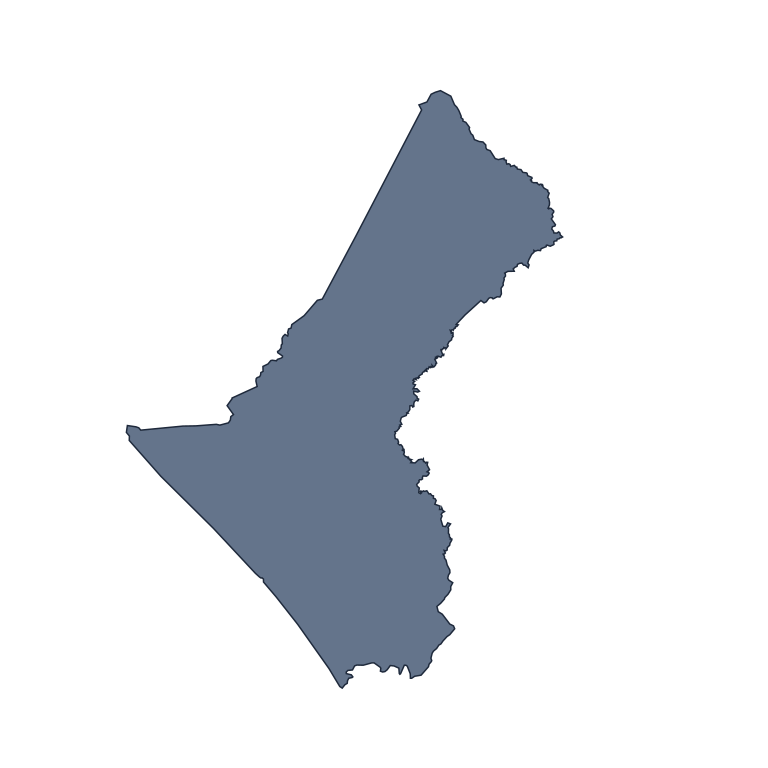 Ellembelle, Western, Ghana, rotated 33°
{"feature_id": "2480657B39512912083476", "entity_name": "Ellembelle", "entity_type": "district", "adm_level": 2, "iso_a3": "GHA", "parent_name": "Ghana", "parent_adm1": "Western", "projection": "orthographic", "projection_center": [-2.331, 5.15], "detail": "fine", "context": "isolated", "style": "filled", "palette": "slate", "viewbox_px": 768, "rotation_deg": 33, "n_neighbors": 0, "source": "geoboundaries", "source_scale": "gbopen_adm2", "svg_char_len": 6170}
<svg xmlns="http://www.w3.org/2000/svg" viewBox="0 0 768 768"><g transform="rotate(33 384 384)"><path d="M266.3,133.7L279.8,275.0L286.0,346.4L282.5,350.1L279.8,370.2L274.3,384.4L275.6,387.7L274.0,389.8L275.2,393.5L276.3,394.0L277.1,396.2L274.0,396.3L273.4,398.8L273.6,401.2L276.8,405.6L276.6,407.2L278.1,409.9L277.8,413.2L277.0,414.6L277.8,415.6L283.6,415.8L284.2,416.8L283.8,418.1L281.2,421.4L281.2,423.1L277.4,424.9L276.3,426.0L275.8,430.4L272.9,435.2L275.7,439.3L274.5,441.5L275.6,443.8L275.7,445.6L274.1,447.8L273.9,449.2L275.0,451.3L279.0,455.2L264.2,478.5L264.6,479.2L264.2,487.6L274.4,491.6L273.3,494.8L274.8,498.0L274.7,501.3L268.7,507.9L265.4,509.1L249.0,521.6L238.3,528.8L205.1,555.2L202.2,554.3L199.3,555.0L191.4,558.6L194.3,564.9L198.8,566.3L201.1,570.1L247.0,582.9L319.7,598.0L379.2,612.8L384.8,613.7L386.6,613.7L387.2,613.0L389.1,613.2L390.8,615.7L409.5,621.3L442.6,632.6L492.8,652.6L511.7,661.8L514.6,661.8L515.0,657.5L516.2,655.1L515.0,652.7L514.7,650.0L517.1,647.6L517.4,646.6L515.0,645.7L510.1,647.4L509.2,646.1L509.7,643.9L513.3,641.0L512.9,636.4L514.3,634.5L519.8,631.1L525.7,624.5L527.6,623.3L534.9,623.6L536.1,624.1L537.4,626.8L539.7,626.3L541.4,624.7L542.3,622.0L542.6,616.7L546.0,615.0L551.2,614.2L554.5,618.5L555.4,618.8L555.7,618.0L554.2,608.8L554.8,608.3L556.3,607.8L557.5,608.2L563.8,612.7L566.4,616.4L567.5,615.7L568.9,612.4L573.7,608.0L575.3,596.9L574.4,594.5L574.9,591.1L574.7,590.0L572.7,588.4L571.0,583.5L571.0,581.0L572.2,577.2L572.2,573.1L573.3,571.0L573.4,567.5L574.4,561.5L575.7,558.4L576.6,550.8L574.0,549.0L569.9,549.5L558.2,545.3L553.5,545.4L549.5,541.7L551.0,536.9L551.8,531.4L551.3,530.1L552.2,525.5L552.1,520.2L550.3,517.6L549.9,513.2L545.2,513.2L543.2,512.2L542.1,509.0L542.1,506.4L540.4,504.1L535.6,501.4L531.9,497.9L529.5,497.1L528.7,495.7L526.3,494.5L527.3,493.5L527.5,492.3L525.1,490.8L526.8,490.2L527.4,488.9L526.2,486.7L526.9,483.3L526.1,481.9L525.8,477.7L525.2,477.0L524.0,477.9L523.4,476.7L522.2,476.6L520.8,474.7L519.4,474.2L516.9,470.2L515.8,469.6L516.0,465.1L513.1,465.7L513.4,470.0L510.8,471.2L505.2,466.4L504.6,463.1L503.0,462.2L503.0,460.2L504.2,458.1L502.1,458.0L499.9,456.4L500.5,457.9L498.9,459.0L497.5,455.9L492.1,457.1L491.2,453.3L489.3,452.4L487.7,453.0L486.4,450.9L484.7,451.5L482.8,450.7L481.6,451.7L478.1,450.2L476.6,451.9L475.2,452.2L475.0,453.3L473.1,453.7L473.0,454.3L474.7,455.1L474.4,456.1L472.3,456.2L470.2,452.0L467.5,451.6L466.1,450.4L466.8,446.9L465.9,446.1L466.0,444.9L467.5,443.9L468.0,442.6L467.2,441.8L466.8,439.9L469.8,438.2L470.5,436.5L470.5,434.4L469.8,433.8L467.9,434.2L468.9,431.1L464.3,428.5L463.3,425.9L462.3,426.4L462.0,427.6L460.1,427.0L459.4,427.5L457.8,425.4L457.7,426.4L456.4,426.6L454.2,428.7L453.1,433.2L449.3,435.4L449.4,433.9L447.4,433.6L448.2,432.5L445.7,433.1L444.6,432.2L444.6,433.2L443.1,432.5L441.5,433.1L438.7,432.3L438.5,430.7L437.4,429.2L434.9,429.8L436.7,428.4L436.4,427.9L435.3,428.0L433.4,426.3L431.2,425.7L430.3,426.7L428.2,426.3L427.9,424.8L425.5,423.0L423.2,423.7L420.6,420.8L420.5,419.0L419.1,418.1L420.4,416.6L420.9,412.8L420.1,411.9L421.2,410.5L419.6,409.9L420.9,408.1L418.0,406.4L416.9,403.3L417.1,402.0L419.8,398.3L419.2,396.3L419.9,395.6L418.9,395.6L419.6,394.3L419.6,391.4L417.6,388.3L419.2,386.8L420.6,387.7L421.3,386.6L419.8,384.5L419.1,382.5L419.6,380.1L421.6,379.7L421.3,377.8L419.6,377.9L418.6,376.6L414.3,376.0L412.8,373.9L416.7,372.4L417.7,370.8L414.2,370.0L411.0,372.2L410.8,367.5L408.4,368.1L407.7,367.4L408.3,365.0L406.3,365.1L406.4,363.3L408.6,362.8L407.4,362.0L408.6,360.7L409.6,360.8L410.0,359.3L409.1,359.4L409.1,357.7L410.6,354.8L410.1,353.9L410.5,352.0L411.0,351.8L410.8,350.8L413.1,350.0L412.2,349.1L411.5,350.3L411.0,350.2L411.5,347.7L412.9,347.3L412.5,345.0L414.6,345.1L413.7,344.9L413.8,343.9L415.2,344.0L415.4,343.3L414.3,342.2L416.4,342.7L416.7,342.0L416.9,339.6L416.3,338.6L416.8,337.8L413.1,335.6L413.5,334.9L412.6,333.5L413.1,333.2L413.1,333.8L414.2,333.9L414.6,332.7L413.4,332.0L414.1,331.2L417.2,330.5L417.1,328.6L418.5,327.7L418.1,326.7L417.4,327.7L417.3,326.8L416.4,326.8L413.1,324.4L413.1,324.0L414.0,324.0L414.0,322.6L415.0,321.6L414.3,320.8L416.3,320.0L416.8,320.8L417.1,317.1L415.9,316.6L415.5,313.3L416.6,310.1L415.9,308.9L416.0,306.2L415.0,306.1L415.1,305.1L414.1,303.6L413.1,304.5L413.1,303.7L412.4,304.3L410.8,303.2L411.7,303.2L411.0,302.3L412.0,301.2L412.8,301.2L412.6,298.9L413.3,298.4L412.8,297.1L413.8,296.0L414.0,294.0L412.1,294.9L412.1,294.2L414.4,281.8L419.8,261.2L423.7,261.5L425.0,259.3L425.2,255.1L426.0,253.7L427.8,252.8L428.6,253.3L429.3,253.0L431.4,249.2L433.8,247.9L433.4,244.5L430.0,239.9L430.2,236.1L429.0,234.7L428.0,231.0L426.9,229.8L427.1,227.3L425.9,225.7L424.8,225.3L426.5,222.1L431.8,218.5L429.7,217.1L430.3,214.7L431.5,212.9L430.8,210.9L432.1,208.9L433.8,207.5L436.3,208.3L437.7,207.5L441.6,208.0L440.8,205.1L438.7,204.3L437.8,201.1L437.2,194.9L438.0,191.7L437.0,190.3L438.4,190.3L440.2,188.1L442.6,186.9L442.1,184.9L445.2,180.5L444.6,179.3L445.1,178.7L448.4,177.9L450.3,174.9L450.5,174.3L449.0,172.4L449.1,171.4L450.9,169.8L450.3,168.2L451.8,166.8L452.0,165.5L452.9,165.0L453.7,163.4L450.7,163.0L449.2,161.5L447.6,161.3L446.9,163.2L444.2,164.8L442.9,163.5L440.3,162.7L439.6,160.4L441.3,158.4L441.0,157.0L434.4,154.4L434.6,151.7L432.6,150.2L432.7,147.3L432.0,146.4L428.4,145.8L427.1,146.4L426.8,147.4L425.9,147.4L425.2,143.7L423.9,141.5L421.2,138.8L419.7,138.5L418.6,134.0L416.4,133.4L415.9,132.3L411.7,132.6L408.0,131.3L408.6,130.7L407.8,130.5L406.1,131.4L405.8,132.5L403.0,132.3L402.7,131.8L399.7,133.8L397.6,134.0L396.8,133.6L396.8,132.9L395.7,133.0L396.2,130.9L395.5,130.2L391.0,131.0L389.3,129.4L388.3,129.4L385.2,130.9L382.1,129.6L378.8,131.1L377.2,129.8L376.7,130.3L374.2,129.7L371.8,132.5L370.3,131.3L368.7,131.3L367.3,132.7L365.4,131.2L364.8,129.8L362.5,130.4L361.7,129.3L357.7,133.5L354.5,134.4L346.0,130.5L342.5,131.3L340.7,130.3L339.2,128.1L335.2,127.1L331.7,128.8L326.7,129.8L323.0,127.0L320.7,126.7L318.3,125.1L316.5,123.9L316.1,122.3L310.2,120.0L306.9,120.5L306.1,119.0L303.4,118.6L302.9,117.4L297.8,113.9L294.4,112.2L291.0,111.4L283.3,106.2L271.6,107.2L268.1,111.4L265.7,115.3L266.4,124.1L261.3,130.9L266.3,133.7Z" fill="#64748b" stroke="#1e293b" stroke-width="1.5"/></g></svg>